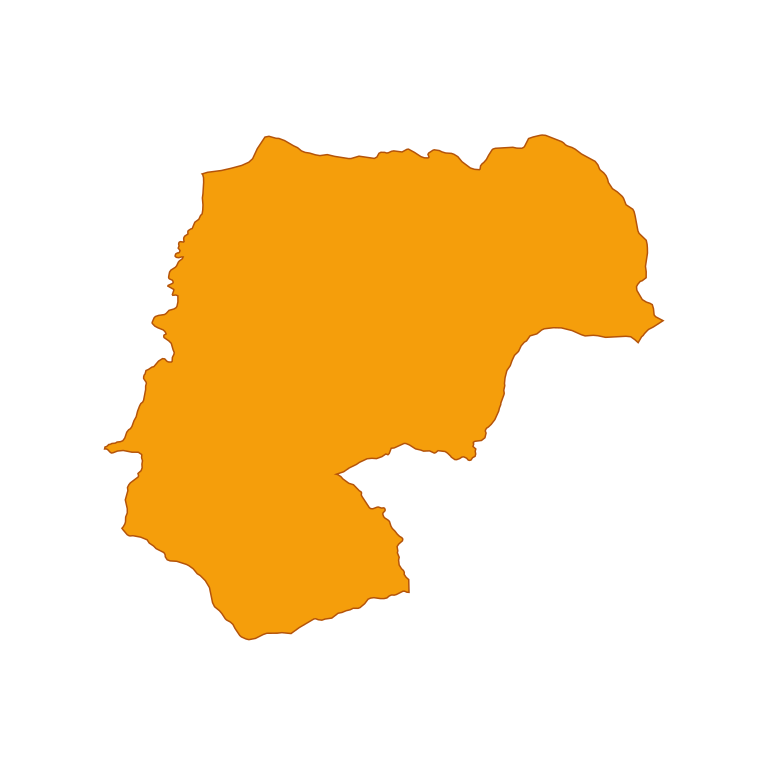 El Calvario, Meta, Colombia, rotated 105°
{"feature_id": "7082276B98966151255757", "entity_name": "El Calvario", "entity_type": "district", "adm_level": 2, "iso_a3": "COL", "parent_name": "Colombia", "parent_adm1": "Meta", "projection": "mercator", "projection_center": [-73.69, 4.367], "detail": "fine", "context": "isolated", "style": "filled", "palette": "amber", "viewbox_px": 768, "rotation_deg": 105, "n_neighbors": 0, "source": "geoboundaries", "source_scale": "gbopen_adm2", "svg_char_len": 6171}
<svg xmlns="http://www.w3.org/2000/svg" viewBox="0 0 768 768"><g transform="rotate(105 384 384)"><path d="M228.2,614.1L228.8,613.2L231.5,611.7L235.9,610.4L247.2,608.1L251.3,607.6L257.9,605.2L262.9,604.1L266.7,603.7L268.7,604.8L272.8,605.5L276.7,608.6L283.5,609.5L284.2,610.7L286.5,612.8L287.7,612.9L289.8,612.2L292.8,614.8L294.3,615.2L295.7,615.1L298.2,614.0L298.8,614.5L299.2,617.5L299.9,618.4L300.8,618.7L302.0,618.6L303.7,617.7L306.0,618.0L307.8,615.6L308.8,615.6L309.9,615.8L310.7,616.6L310.8,617.4L312.2,618.8L313.8,619.0L314.7,618.8L315.4,617.4L315.2,615.1L313.6,612.3L313.3,610.9L315.2,611.2L318.1,613.5L319.6,614.2L323.5,614.9L325.2,615.7L329.1,619.3L331.4,620.1L334.5,619.9L336.6,619.7L337.4,619.3L338.0,618.5L338.5,615.4L339.4,614.4L340.6,613.9L341.5,614.3L344.7,618.1L345.4,618.1L347.1,611.5L348.1,611.3L352.4,611.6L353.0,611.0L351.9,608.1L352.2,605.9L358.1,604.3L362.6,604.1L364.1,604.6L365.9,606.3L368.5,610.7L372.3,612.7L373.7,614.0L376.1,619.5L378.0,622.3L379.6,623.2L384.5,623.9L385.5,623.5L387.4,620.4L388.2,617.1L388.9,611.3L390.0,609.2L391.8,607.5L392.3,607.5L393.4,609.0L394.1,609.2L395.5,608.9L396.1,608.4L398.0,603.1L399.8,600.0L405.5,596.6L407.8,594.8L409.7,594.6L413.1,595.3L417.0,594.5L417.9,595.2L418.5,598.0L418.2,599.6L416.5,602.3L416.8,604.5L420.2,607.7L426.8,610.8L427.8,612.6L430.9,615.3L432.6,617.4L436.1,617.4L437.5,618.0L439.3,618.0L440.9,617.6L443.9,614.2L444.8,613.7L447.7,613.7L451.1,612.8L461.9,612.0L463.9,612.4L465.8,613.8L468.3,614.4L474.0,615.0L479.8,614.9L484.2,616.0L490.3,616.5L492.8,617.4L494.3,618.8L497.1,620.0L503.2,620.4L506.4,621.6L507.9,623.6L509.2,626.9L510.6,628.1L511.9,631.5L513.2,632.9L513.6,634.1L516.1,635.7L517.1,637.2L519.1,637.1L518.6,635.5L518.8,634.1L520.9,630.6L521.2,629.4L520.6,628.0L517.7,624.0L515.7,618.7L515.1,609.8L513.5,603.7L514.8,599.9L515.3,599.6L517.9,599.1L520.7,597.4L524.0,597.1L527.6,595.9L530.6,596.2L534.1,598.5L536.2,597.3L537.4,597.4L545.1,603.4L547.4,604.4L550.4,605.0L553.3,603.8L562.9,603.9L570.9,599.7L575.0,598.6L579.4,599.1L584.2,598.0L586.3,598.1L589.4,598.9L591.2,599.8L592.4,598.3L596.0,593.1L596.5,591.3L596.5,590.0L595.5,587.2L594.9,579.4L595.8,572.5L598.4,569.6L600.1,564.7L602.0,561.5L603.8,553.0L605.4,551.3L607.6,550.5L609.9,547.9L610.2,544.8L608.9,538.3L609.4,528.1L610.0,525.4L611.9,520.4L615.6,515.3L616.6,511.9L620.2,505.7L625.8,499.9L639.6,493.0L643.0,490.0L645.6,484.2L647.7,481.2L651.9,476.5L652.7,475.0L653.7,470.8L655.3,467.7L658.7,464.6L664.2,458.3L665.2,456.3L666.0,451.3L665.9,448.3L663.0,442.3L657.2,435.8L655.1,432.7L652.3,422.6L650.6,418.3L649.1,409.2L641.2,402.8L629.1,390.9L628.4,389.2L628.7,386.6L628.2,382.9L626.3,380.1L623.6,373.8L617.3,369.0L615.5,365.4L612.8,361.9L610.8,358.2L608.6,355.7L607.4,351.0L606.2,349.3L601.2,345.8L596.0,343.7L594.3,341.6L593.0,338.5L592.2,331.9L591.3,328.5L589.9,325.8L587.4,324.1L585.8,322.1L585.3,319.5L584.2,317.6L579.2,312.0L578.8,310.3L579.2,308.0L578.8,305.9L566.5,309.5L565.0,312.6L562.7,315.2L560.6,315.7L559.1,317.0L557.9,319.3L554.9,322.5L550.4,324.3L547.4,324.5L543.6,327.4L541.6,327.5L537.6,329.3L534.7,328.3L530.7,325.6L528.9,325.7L527.8,327.0L527.1,329.6L525.6,332.3L523.3,335.3L521.4,338.6L519.5,340.5L515.3,343.2L514.4,344.8L513.1,348.8L512.1,350.1L509.9,351.6L508.6,351.5L506.1,350.2L504.8,350.5L503.9,351.3L503.7,352.2L504.5,354.3L504.3,357.6L504.7,358.7L507.4,362.5L507.8,364.5L507.3,366.1L498.3,376.2L497.1,377.2L495.0,377.5L494.2,378.1L493.4,380.4L489.2,387.4L489.0,392.3L486.3,399.2L484.6,401.7L483.5,405.2L483.5,406.7L479.2,400.2L474.0,395.8L468.8,389.8L466.0,387.4L460.6,381.0L458.9,376.5L458.0,371.9L454.7,367.2L451.1,364.1L451.3,361.9L449.8,361.0L444.2,360.4L443.1,357.6L436.2,349.2L435.8,347.4L436.3,343.6L438.5,336.7L438.3,331.4L438.6,328.4L436.8,322.7L437.7,317.6L436.9,316.3L434.4,314.6L433.4,307.5L434.3,304.8L436.4,301.0L437.2,300.1L438.7,296.0L438.2,294.1L436.5,291.7L434.4,289.8L433.7,288.1L434.3,284.9L435.6,283.1L435.7,281.8L435.2,280.7L434.8,280.2L432.3,279.4L430.3,277.3L427.9,277.3L425.3,278.5L423.0,278.5L421.3,281.9L418.7,281.8L418.0,282.5L417.2,282.6L415.8,281.3L413.3,275.2L409.8,272.6L405.0,272.7L403.2,274.0L401.7,274.0L400.0,273.4L398.5,272.0L395.2,270.0L389.7,267.7L380.5,266.2L377.2,266.3L373.8,265.9L372.1,266.2L363.2,265.4L361.8,265.5L359.0,266.7L354.4,266.9L352.2,267.8L346.6,268.7L339.2,268.8L333.6,266.8L328.3,266.4L322.6,265.4L317.7,262.5L311.6,261.4L307.3,259.3L305.5,257.5L299.7,255.4L296.0,249.3L291.0,245.7L289.2,243.5L285.8,235.0L283.9,227.2L283.7,216.1L285.3,206.1L285.5,202.2L282.8,194.5L282.0,189.9L281.6,182.1L275.3,162.7L274.5,157.9L276.3,153.1L278.3,149.2L271.7,147.4L270.0,146.2L268.0,145.5L264.1,143.4L262.7,142.5L259.3,138.7L250.6,130.8L248.7,139.1L247.3,141.0L241.5,143.2L237.9,145.4L237.2,148.0L237.0,151.7L235.6,156.4L228.1,164.0L224.6,165.3L222.1,164.7L218.6,163.1L217.4,161.3L213.5,158.3L207.7,159.8L202.7,161.9L189.3,163.4L184.4,164.8L181.0,166.0L177.3,167.9L172.5,176.6L170.3,178.4L156.5,185.0L152.7,187.1L150.8,188.9L148.2,196.6L142.6,200.7L141.2,202.3L138.1,208.3L136.2,213.9L131.3,219.4L128.2,221.1L125.3,223.5L123.2,226.4L121.4,230.4L120.4,231.6L117.0,234.1L114.3,237.7L110.7,252.8L107.7,260.1L106.9,263.5L106.6,268.4L106.0,270.7L104.7,272.8L103.9,275.1L102.0,292.2L102.6,295.7L103.4,297.6L106.8,303.9L109.5,307.9L118.0,309.7L119.1,310.2L120.6,311.8L121.8,316.7L122.0,320.8L127.5,337.4L128.8,339.5L129.8,340.2L135.8,342.1L140.6,343.2L144.3,345.0L145.8,346.2L148.3,347.2L151.4,346.8L152.3,347.3L153.2,352.1L153.0,356.5L149.1,366.2L145.3,371.5L144.0,375.9L143.8,378.6L144.9,384.2L144.8,388.0L144.2,391.0L144.5,393.6L144.8,396.1L145.5,397.2L149.3,400.6L150.8,401.0L153.0,399.4L153.7,399.4L154.3,400.2L155.1,403.6L154.8,407.2L152.4,414.5L150.8,421.1L151.4,422.6L155.2,426.6L156.3,434.9L157.3,437.0L159.4,439.5L160.2,441.1L160.1,443.3L161.0,447.0L162.5,448.6L166.6,449.6L168.6,451.7L170.4,467.1L174.7,474.1L175.4,476.4L176.9,490.5L177.1,498.2L180.0,505.0L180.4,509.6L180.2,515.5L180.7,520.1L180.2,524.1L178.1,528.6L177.3,533.1L174.6,543.0L174.0,549.1L174.6,551.9L174.5,559.2L176.3,562.9L189.5,567.3L200.4,569.2L204.8,572.0L209.7,578.0L215.2,587.5L219.9,596.4L225.2,609.3L228.2,614.1Z" fill="#f59e0b" stroke="#b45309" stroke-width="1.5"/></g></svg>